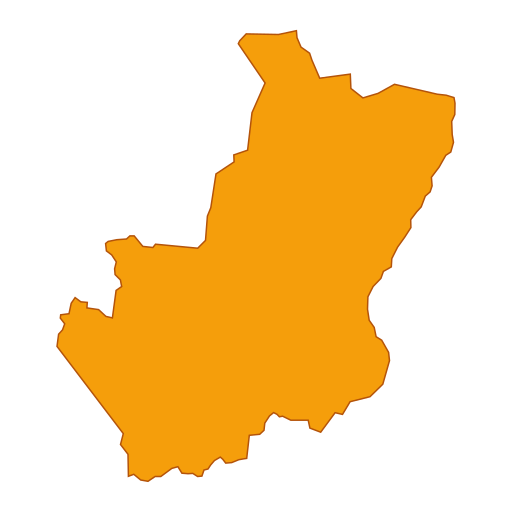 outline of José Enrique Rodó, Soriano, Uruguay
{"feature_id": "84410073B24833615442203", "entity_name": "José Enrique Rodó", "entity_type": "district", "adm_level": 2, "iso_a3": "URY", "parent_name": "Uruguay", "parent_adm1": "Soriano", "projection": "equal_earth", "projection_center": [-57.536, -33.632], "detail": "fine", "context": "isolated", "style": "filled", "palette": "amber", "viewbox_px": 512, "rotation_deg": 0, "n_neighbors": 0, "source": "geoboundaries", "source_scale": "gbopen_adm2", "svg_char_len": 1756}
<svg xmlns="http://www.w3.org/2000/svg" viewBox="0 0 512 512"><path d="M121.7,286.5L116.1,290.4L112.4,317.9L105.9,316.4L98.6,309.6L86.9,307.9L87.3,302.4L80.8,301.8L75.1,297.6L71.2,303.3L69.0,313.7L60.7,314.8L60.3,318.1L64.7,323.8L62.5,329.9L58.6,334.2L57.0,346.4L123.3,433.6L120.5,444.5L128.0,454.3L128.4,476.3L133.8,474.3L140.7,480.0L148.0,481.3L155.1,476.5L160.8,476.5L171.8,468.4L177.9,466.7L181.9,473.2L188.0,473.7L192.8,473.4L197.6,476.5L201.9,476.1L204.0,470.0L208.0,469.0L210.7,464.9L214.5,460.5L220.3,457.1L222.8,459.3L225.7,463.1L231.7,462.6L238.8,459.7L243.9,458.8L246.7,458.4L249.3,435.3L259.7,434.3L264.0,430.3L264.8,423.1L269.5,415.9L273.6,412.6L277.0,414.3L279.4,416.8L282.6,416.2L290.8,420.2L308.2,420.2L309.9,428.1L320.7,432.2L335.1,412.7L342.5,414.4L350.1,401.7L370.0,396.7L382.8,384.2L389.5,360.6L388.6,352.4L381.7,340.2L376.1,336.7L374.2,327.4L369.2,320.3L367.5,309.2L367.9,296.8L373.1,286.5L380.9,278.4L383.4,271.4L391.3,266.9L391.8,258.6L397.6,247.1L404.7,237.2L410.9,227.6L410.7,219.7L416.7,211.8L421.2,206.9L425.3,196.1L430.1,191.9L432.1,185.9L431.4,177.3L439.1,167.1L445.8,155.3L450.8,152.0L453.5,142.3L452.2,134.5L451.7,121.4L454.8,114.5L455.0,103.2L454.0,97.6L446.2,95.2L437.2,94.2L394.5,84.3L378.0,93.4L362.9,97.9L350.9,88.5L350.3,74.1L319.7,78.2L311.9,60.1L309.6,53.2L301.0,47.1L297.0,37.7L296.4,30.7L278.5,34.5L246.2,33.9L239.7,40.8L238.3,43.7L265.1,83.0L252.0,112.7L247.6,150.2L233.8,154.9L234.1,161.9L216.0,173.9L210.8,207.7L207.4,216.1L205.5,240.4L197.7,248.2L155.5,244.2L152.9,247.5L142.8,246.4L134.2,235.9L129.9,235.9L126.5,239.0L116.9,239.7L108.2,241.4L105.6,243.5L106.4,250.9L111.7,254.9L116.3,261.9L114.6,268.8L115.1,274.6L120.4,279.9L121.2,284.2L121.7,286.5Z" fill="#f59e0b" stroke="#b45309" stroke-width="1.5"/></svg>